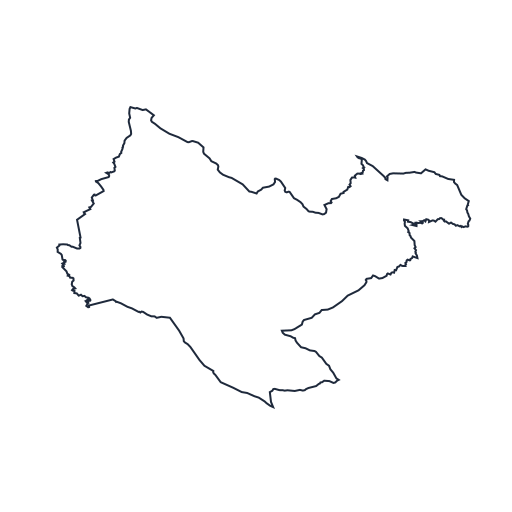 the district of Cogua, Cundinamarca, Colombia, rotated 109°
{"feature_id": "7082276B60465848550372", "entity_name": "Cogua", "entity_type": "district", "adm_level": 2, "iso_a3": "COL", "parent_name": "Colombia", "parent_adm1": "Cundinamarca", "projection": "equal_earth", "projection_center": [-74.006, 5.108], "detail": "fine", "context": "isolated", "style": "outline", "palette": "slate", "viewbox_px": 512, "rotation_deg": 109, "n_neighbors": 0, "source": "geoboundaries", "source_scale": "gbopen_adm2", "svg_char_len": 6120}
<svg xmlns="http://www.w3.org/2000/svg" viewBox="0 0 512 512"><g transform="rotate(109 256 256)"><path d="M393.3,190.6L389.1,194.3L380.2,198.6L378.1,196.7L376.2,196.3L375.5,195.0L375.2,190.1L374.2,187.1L374.0,185.1L372.7,182.5L371.0,175.4L368.3,170.9L368.0,167.9L367.0,166.2L365.5,165.3L363.7,163.4L359.4,156.8L356.5,155.0L355.8,154.1L354.6,153.9L353.9,152.5L351.7,150.9L350.4,145.9L350.8,141.4L349.8,139.9L347.4,138.7L346.2,137.5L345.5,140.2L341.2,145.0L338.9,148.8L336.0,151.2L335.1,154.4L330.6,160.7L330.0,163.5L327.1,168.1L326.8,169.7L327.7,174.3L327.1,179.1L327.6,183.7L324.6,189.1L323.0,191.1L321.0,192.3L321.2,194.2L320.6,197.1L321.0,203.1L319.9,205.7L318.2,207.2L314.7,198.3L312.6,195.8L305.9,190.3L302.8,190.5L300.9,189.8L296.3,183.2L292.0,181.3L289.1,177.5L285.7,176.3L283.3,170.7L279.6,166.5L270.7,160.0L263.6,156.4L255.1,147.9L248.3,143.9L244.8,143.1L243.7,143.4L242.9,144.4L241.6,144.0L239.4,139.9L236.3,139.0L236.3,136.8L237.3,132.3L235.7,129.3L232.2,126.1L230.4,126.2L229.6,125.7L229.7,122.8L227.7,122.5L227.0,121.6L226.8,120.0L224.1,120.3L223.9,118.9L220.3,118.7L219.4,117.4L217.4,116.5L217.8,114.5L216.8,111.4L216.0,111.9L214.9,111.5L214.0,112.5L212.6,111.7L211.2,112.1L210.1,111.5L210.1,109.2L209.8,108.8L208.6,109.0L207.0,107.7L205.4,107.7L205.4,102.7L203.2,104.0L201.5,106.0L200.7,106.0L200.2,106.7L198.4,106.6L197.1,108.7L195.6,108.0L194.1,109.5L190.3,111.1L188.1,115.5L186.9,116.3L186.3,117.5L184.3,118.3L183.8,119.9L182.8,119.7L180.5,121.6L179.0,125.0L177.0,126.0L175.2,126.3L174.1,127.7L173.3,127.9L172.7,123.7L174.1,123.5L173.6,120.7L174.1,117.8L174.9,117.1L175.8,118.2L175.4,114.0L174.3,114.3L173.3,116.0L172.7,116.2L172.1,114.8L172.2,113.7L171.1,111.5L171.1,109.5L170.4,109.1L169.5,111.5L168.8,109.7L167.4,108.6L168.1,107.1L165.8,107.0L165.6,105.0L166.1,103.8L167.5,103.5L164.9,100.7L164.6,99.4L165.1,97.5L162.0,96.1L161.5,94.9L160.3,94.3L159.8,92.9L160.6,91.0L160.4,90.0L161.5,89.8L162.0,88.8L161.4,87.8L162.6,84.0L160.9,82.5L161.6,80.2L161.4,78.6L162.3,76.9L161.3,75.7L161.6,72.8L160.9,72.2L161.6,71.0L160.9,70.7L161.1,69.2L159.7,67.4L159.5,65.7L158.9,65.0L157.4,65.4L156.6,66.2L154.0,66.3L153.0,65.7L150.9,65.6L149.2,67.6L146.9,69.2L146.2,70.2L144.2,71.3L143.3,72.5L139.6,72.6L139.0,72.1L138.7,72.5L134.8,72.7L133.5,77.5L131.3,81.8L123.4,88.9L122.6,91.3L121.6,92.9L119.5,93.5L120.6,99.4L120.1,105.9L120.6,108.0L119.6,109.0L119.9,112.8L118.7,114.6L119.2,120.6L118.9,123.9L124.1,126.9L125.0,131.9L124.9,133.5L127.2,137.8L128.6,141.4L130.1,143.5L133.2,153.3L134.9,156.3L138.1,158.1L138.8,157.2L141.6,156.4L141.2,158.6L140.0,159.3L138.8,161.4L133.0,174.9L132.0,181.3L130.4,182.8L129.4,184.5L128.9,187.9L129.0,192.9L129.6,192.1L130.0,190.4L129.7,188.7L130.5,187.3L134.5,186.3L135.5,184.2L136.9,183.3L137.0,182.8L138.0,183.5L138.3,182.5L139.6,181.9L140.5,182.6L142.4,182.3L143.3,183.4L143.7,182.6L144.5,183.9L144.5,185.4L145.1,187.0L147.9,188.7L149.6,187.6L149.7,188.8L150.6,190.8L153.4,191.5L156.3,190.2L158.1,190.8L159.2,189.3L160.5,190.1L160.7,191.3L163.5,191.3L166.9,194.1L167.9,193.7L169.6,196.3L173.1,196.9L175.3,199.0L177.4,202.8L179.8,203.3L180.8,202.0L181.6,202.3L182.5,204.7L185.5,207.9L188.7,204.5L192.2,203.9L194.2,205.2L195.0,206.6L194.9,210.9L195.7,213.9L195.7,216.7L196.6,219.8L196.6,220.9L195.1,223.5L193.8,227.2L191.9,228.9L190.6,231.4L189.5,235.5L189.0,238.9L184.5,245.0L184.5,246.0L185.8,247.7L185.8,249.2L184.7,250.2L182.2,250.5L177.5,256.7L176.6,258.8L176.3,262.4L176.6,263.1L177.2,263.3L179.8,262.1L182.6,262.8L186.1,266.2L189.2,271.7L191.6,272.7L194.4,275.3L196.7,275.8L196.8,281.2L197.2,283.3L192.6,291.9L190.1,304.5L190.3,307.2L189.9,313.6L188.7,317.4L186.8,320.3L183.7,320.7L182.5,321.5L181.5,323.7L180.9,329.1L178.8,331.7L176.2,338.5L174.7,339.8L170.4,341.0L167.7,347.6L167.9,353.1L168.2,354.0L170.3,356.6L170.6,357.9L168.9,368.1L168.6,377.7L166.4,388.0L163.9,394.6L163.0,398.2L161.8,399.4L159.4,399.7L156.2,398.4L153.2,407.8L154.9,410.7L154.8,416.8L155.8,418.1L156.1,423.2L158.1,423.4L162.5,422.3L166.3,420.0L168.3,420.6L170.6,420.0L178.4,415.0L181.2,413.8L182.9,414.1L186.5,416.8L189.7,417.8L192.2,417.2L194.8,417.7L196.2,417.2L196.9,417.6L197.9,417.1L201.4,417.4L202.4,416.9L203.9,417.9L206.7,418.0L208.4,420.2L210.7,422.2L212.9,420.5L214.1,421.4L214.8,420.2L217.5,417.9L218.7,418.6L221.3,417.3L222.2,417.7L224.1,420.1L224.0,420.9L225.3,421.8L225.3,423.6L226.1,424.6L226.5,422.7L227.3,421.2L228.7,420.8L229.4,421.1L233.7,427.3L236.6,430.2L237.3,431.8L237.7,431.6L238.4,428.8L240.7,425.1L243.1,421.8L244.2,421.2L251.0,427.3L251.1,428.3L250.5,428.7L250.8,429.2L254.2,430.3L256.6,428.3L257.0,429.1L259.2,426.5L263.3,428.0L264.3,429.4L265.6,427.9L270.5,432.9L270.7,432.4L271.3,432.6L272.0,431.3L280.0,437.0L295.7,427.9L296.2,428.5L300.8,426.2L303.4,426.4L304.7,424.9L305.7,424.7L306.5,425.5L307.2,427.6L306.9,432.4L307.3,433.5L306.6,435.9L306.9,437.4L306.6,438.2L307.7,442.2L309.2,445.7L310.1,445.3L312.9,447.0L314.4,445.6L316.7,444.9L317.5,441.2L318.3,440.0L322.3,437.8L322.5,437.2L322.0,435.0L322.5,434.3L323.5,434.2L324.2,435.5L325.6,434.7L325.7,436.2L326.2,436.7L327.2,435.1L328.2,434.3L328.6,434.6L328.7,435.8L329.5,435.6L332.2,430.2L334.2,428.6L334.6,426.6L335.1,426.7L335.2,427.5L335.9,427.6L335.8,425.8L337.0,424.7L336.3,422.1L336.6,421.3L338.6,420.5L340.1,421.4L342.8,421.0L344.3,419.7L344.8,417.6L345.5,416.4L346.8,418.3L348.2,418.8L348.4,418.2L348.1,416.3L350.2,415.7L349.7,413.3L351.2,410.7L349.6,408.9L350.5,406.9L349.6,405.2L350.4,403.3L350.0,400.7L350.4,399.5L351.6,398.2L352.2,398.2L352.7,399.2L352.0,400.9L353.4,401.9L353.7,400.2L354.5,399.6L354.7,401.4L355.8,399.6L358.4,400.2L359.1,398.0L358.6,397.2L357.2,397.8L343.7,377.2L344.4,374.1L345.0,373.3L344.6,372.8L344.7,368.3L345.9,361.0L345.9,356.4L347.1,348.8L346.7,348.0L347.1,347.0L345.8,346.1L345.6,344.5L346.8,339.9L347.1,335.3L346.1,332.2L346.8,329.8L344.3,325.7L342.4,317.3L351.6,304.4L357.5,297.7L360.1,296.5L360.9,295.0L361.6,291.9L363.4,288.4L372.8,275.5L376.6,269.0L378.6,258.9L379.7,258.7L380.8,257.7L381.6,255.8L386.8,248.3L388.0,234.7L389.3,225.2L388.4,219.8L389.1,211.8L389.0,207.3L390.7,200.4L391.7,198.2L393.0,193.8L393.3,190.6Z" fill="none" stroke="#1e293b" stroke-width="2"/></g></svg>